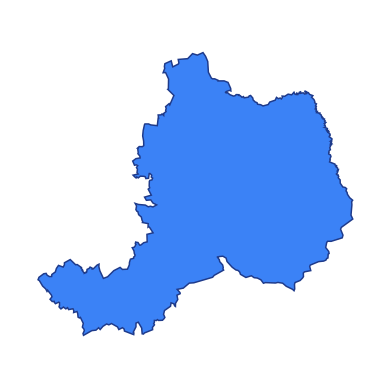 Kanturk Lea-4, Cork, Ireland (orthographic projection), rotated 176°
{"feature_id": "5873133B26556088806881", "entity_name": "Kanturk Lea-4", "entity_type": "district", "adm_level": 2, "iso_a3": "IRL", "parent_name": "Ireland", "parent_adm1": "Cork", "projection": "orthographic", "projection_center": [-8.958, 52.204], "detail": "fine", "context": "isolated", "style": "filled", "palette": "blue", "viewbox_px": 384, "rotation_deg": 176, "n_neighbors": 0, "source": "geoboundaries", "source_scale": "gbopen_adm2", "svg_char_len": 5895}
<svg xmlns="http://www.w3.org/2000/svg" viewBox="0 0 384 384"><g transform="rotate(176 192 192)"><path d="M210.1,321.9L210.8,319.1L210.6,317.2L212.5,313.0L210.0,313.0L207.5,306.4L208.4,296.3L209.0,296.1L203.3,289.6L208.1,280.4L208.7,281.7L212.4,279.0L211.9,277.1L212.6,275.4L212.3,274.0L214.7,272.4L214.9,270.3L216.4,272.0L217.5,271.1L220.4,271.2L220.2,267.9L220.6,268.0L222.0,260.6L228.5,261.8L230.5,262.9L234.2,263.2L234.7,262.5L236.4,256.7L237.3,251.4L236.7,246.2L236.9,241.6L238.3,240.7L241.5,241.0L243.2,239.6L242.6,239.5L243.1,238.4L242.9,235.0L243.3,234.0L241.5,231.4L241.4,229.6L245.6,229.2L249.0,227.0L247.5,222.7L245.7,223.0L244.3,222.1L245.7,220.2L244.8,218.7L245.5,215.2L244.5,213.7L249.6,212.9L248.3,211.3L246.8,209.9L246.0,210.9L244.7,209.8L242.4,211.4L239.0,211.0L237.7,210.6L237.1,208.6L234.4,208.7L233.4,213.4L232.6,213.4L231.0,211.6L231.6,209.7L230.3,208.6L231.2,206.8L233.1,206.6L233.8,205.7L234.3,200.9L233.9,199.1L235.5,197.9L232.8,191.7L239.7,190.2L238.1,186.9L233.7,187.0L231.7,183.7L228.2,181.6L232.0,179.8L234.4,180.7L236.7,180.3L239.4,182.2L246.2,183.3L249.5,184.6L248.3,182.0L249.2,178.3L248.3,176.6L247.4,176.2L246.8,173.1L244.3,170.6L243.8,167.3L243.1,165.5L243.5,165.0L237.9,163.5L238.3,160.1L237.7,160.5L236.5,159.2L233.7,154.0L239.9,152.9L240.2,145.4L243.7,144.8L246.9,142.6L248.0,142.7L249.3,145.3L251.7,146.0L252.2,144.3L251.6,143.7L252.4,142.2L253.4,141.0L255.5,140.6L254.0,137.3L253.8,134.5L253.2,133.1L253.7,131.8L254.7,131.2L254.9,129.9L258.1,129.3L259.3,126.2L259.6,123.7L261.8,119.5L266.8,119.6L269.0,121.8L275.5,119.0L282.1,113.3L286.4,112.0L289.4,119.8L290.1,124.0L289.8,126.5L291.8,125.7L295.9,122.2L297.0,122.1L297.0,123.1L298.9,124.2L299.9,123.0L302.1,122.1L302.4,120.3L303.1,119.8L302.9,119.1L305.1,118.4L305.0,119.1L305.7,119.3L307.0,121.5L306.5,121.7L308.0,124.0L307.6,124.4L311.5,127.6L313.2,127.6L318.2,133.1L324.2,130.3L324.4,128.1L325.8,126.1L330.3,128.1L332.6,125.2L333.9,121.8L337.6,119.5L337.9,117.5L340.2,117.6L342.3,119.1L343.2,121.0L345.6,120.8L350.6,117.6L351.7,115.2L350.4,114.2L347.6,108.6L344.7,105.5L343.6,103.0L342.9,104.1L339.5,99.1L339.0,97.2L341.1,94.9L339.1,92.5L337.1,92.5L337.1,91.6L336.0,90.1L332.6,91.4L331.9,90.9L332.1,87.9L332.6,87.3L332.4,86.2L330.9,84.5L328.3,86.2L326.0,84.2L324.2,85.3L323.3,83.3L318.9,83.8L318.2,81.8L318.5,80.0L315.1,80.8L314.5,78.7L314.4,75.1L313.1,74.2L312.1,74.7L309.6,68.5L310.8,64.9L309.3,62.6L309.1,61.2L310.6,58.4L310.2,56.6L301.6,60.7L297.4,60.9L294.6,63.1L293.2,61.2L290.2,64.2L286.4,66.3L284.2,65.3L281.5,66.4L275.7,62.6L274.6,59.9L270.8,61.5L269.2,59.9L269.1,58.0L260.1,53.8L259.8,55.5L260.4,56.2L257.3,61.4L257.0,65.1L254.7,65.9L251.7,59.8L251.6,54.0L250.3,53.7L249.3,54.7L240.9,57.4L240.9,59.7L238.7,62.1L239.4,63.5L238.7,64.3L238.5,66.5L236.4,66.3L235.4,67.1L234.3,66.2L230.4,66.1L228.8,67.5L227.8,68.8L228.9,71.9L227.7,75.7L221.4,79.5L220.6,82.9L218.0,81.8L217.3,79.8L216.9,79.6L216.9,79.3L216.5,79.0L216.2,82.1L213.7,85.7L214.2,90.1L210.9,91.4L211.0,92.5L213.6,95.9L207.4,96.7L201.1,101.3L196.5,101.3L177.4,105.5L175.7,107.3L165.9,111.9L166.5,113.1L166.1,114.4L166.5,117.1L169.2,120.6L169.5,122.6L171.2,125.3L170.8,125.5L170.3,124.9L169.5,125.7L165.7,125.8L162.6,123.7L161.9,120.2L157.2,114.2L153.7,111.2L151.5,110.5L150.0,108.8L149.4,106.5L144.2,103.0L138.6,104.3L136.0,102.2L132.8,101.6L129.4,99.6L127.1,96.0L125.1,96.5L115.1,95.4L112.6,95.8L107.9,94.7L104.6,91.4L98.5,87.9L97.1,86.4L96.3,88.1L96.2,92.7L95.5,94.5L90.3,96.2L87.8,98.4L86.7,99.8L86.6,103.4L85.4,104.5L79.0,105.3L79.8,109.4L79.2,110.8L70.6,113.7L65.5,113.9L63.2,114.7L62.2,116.3L61.0,116.7L60.5,120.5L59.5,121.1L59.8,123.2L62.5,127.3L61.1,132.4L60.0,133.4L56.6,133.1L45.3,135.8L44.4,138.4L46.4,144.5L45.5,146.3L33.5,153.8L35.0,157.8L33.4,168.0L33.4,171.2L32.3,172.6L35.1,175.3L37.1,178.9L37.3,180.7L38.3,182.4L37.5,184.5L38.8,185.8L41.2,186.5L43.5,190.4L43.4,193.8L45.0,195.7L45.1,196.6L44.6,197.1L45.1,198.9L45.8,198.8L46.7,199.9L45.8,200.7L44.8,203.1L45.5,203.1L44.5,204.3L45.0,204.4L45.2,205.9L46.3,206.7L45.9,207.6L46.6,207.8L46.2,208.3L47.5,209.1L47.5,209.9L52.7,212.4L51.8,214.5L52.2,215.1L50.9,217.8L51.4,219.4L53.0,220.4L52.8,221.6L52.3,221.1L52.8,222.2L52.1,223.8L51.0,224.5L51.5,226.6L50.5,228.4L50.8,229.0L49.6,229.4L49.5,230.2L50.5,230.4L50.2,231.2L49.4,230.9L50.0,231.9L49.2,232.4L49.2,233.3L50.0,233.3L48.8,234.2L48.7,235.4L51.3,237.5L50.4,238.8L51.1,239.6L50.3,239.2L50.2,240.1L51.5,241.4L51.1,242.5L51.8,243.0L51.8,242.4L52.5,242.2L52.7,243.1L52.3,243.5L53.1,243.4L53.7,244.6L52.6,244.7L52.5,245.9L55.0,247.1L54.2,247.2L54.5,248.9L55.2,249.3L54.5,251.1L54.9,251.2L53.6,252.1L54.8,253.0L54.3,253.9L55.0,254.7L54.8,255.6L56.1,255.8L55.9,256.4L56.7,257.6L57.0,256.4L57.9,260.1L59.4,261.3L59.0,261.8L62.2,262.5L61.3,263.7L62.6,264.0L62.2,265.8L63.2,266.3L62.2,267.1L62.8,268.2L62.0,268.8L62.7,269.8L61.7,271.2L63.4,272.5L63.2,273.8L63.9,275.7L66.1,278.2L64.7,279.7L67.9,281.2L69.0,283.0L70.1,282.9L70.3,283.7L71.9,284.7L72.4,284.6L72.2,283.7L70.9,283.5L70.9,282.2L72.8,281.9L74.2,283.2L76.2,282.9L76.7,284.4L77.6,284.1L77.1,283.2L77.4,282.8L79.0,283.1L79.6,281.8L80.8,282.0L80.2,282.7L80.6,283.3L81.5,282.0L82.7,282.7L83.3,284.4L85.8,282.0L89.3,282.9L92.8,281.0L95.4,281.4L95.2,280.0L96.4,278.6L97.5,279.6L99.4,279.1L101.1,280.5L102.6,277.8L108.2,276.3L109.9,273.9L115.2,272.9L117.4,274.3L120.5,275.0L120.9,276.6L122.7,277.4L124.6,279.6L124.8,281.5L126.8,284.2L128.2,283.9L129.1,282.7L133.4,282.3L134.0,283.6L135.5,283.0L137.2,284.8L138.6,285.1L138.4,285.8L141.1,286.1L142.4,285.0L144.0,284.8L147.5,286.5L149.5,288.5L151.1,288.5L151.6,289.2L150.8,289.8L147.5,290.8L146.2,290.1L146.2,292.6L148.4,298.8L152.2,300.6L158.3,301.0L158.2,301.6L161.4,303.3L163.7,303.5L164.8,304.4L167.3,310.3L167.2,321.1L169.0,326.4L171.3,330.3L177.1,328.2L181.8,330.0L187.0,325.3L196.5,325.2L196.1,321.6L196.7,320.6L202.1,318.3L202.5,318.2L203.6,324.3L210.1,321.9Z" fill="#3b82f6" stroke="#1e3a8a" stroke-width="1.5"/></g></svg>